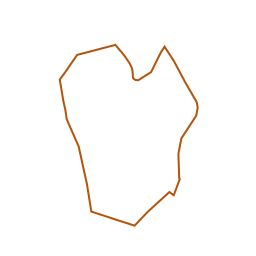 outline of Grande Riviere/En Leur Morne/Discompere, Dennery, Saint Lucia, rotated 61°
{"feature_id": "8701671B4251285469436", "entity_name": "Grande Riviere/En Leur Morne/Discompere", "entity_type": "district", "adm_level": 2, "iso_a3": "LCA", "parent_name": "Saint Lucia", "parent_adm1": "Dennery", "projection": "orthographic", "projection_center": [-60.935, 13.932], "detail": "fine", "context": "isolated", "style": "outline", "palette": "amber", "viewbox_px": 256, "rotation_deg": 61, "n_neighbors": 0, "source": "geoboundaries", "source_scale": "gbopen_adm2", "svg_char_len": 1077}
<svg xmlns="http://www.w3.org/2000/svg" viewBox="0 0 256 256"><g transform="rotate(61 128 128)"><path d="M183.3,200.6L200.7,184.5L203.6,181.8L216.6,169.6L211.0,152.0L204.1,122.9L209.0,120.6L197.8,107.5L196.8,107.6L175.1,96.5L163.0,86.4L150.3,62.4L143.9,57.1L138.6,55.4L132.8,55.5L116.1,55.8L97.9,55.5L92.0,55.4L84.3,55.9L74.6,56.6L78.0,62.9L90.3,80.7L91.2,96.0L90.0,97.5L89.6,98.2L88.9,98.6L88.1,99.0L87.4,99.2L86.5,99.2L85.7,99.0L84.9,98.6L84.4,98.4L83.7,97.9L83.0,97.6L82.2,97.3L81.3,96.9L80.6,96.6L79.8,96.3L79.2,95.9L78.3,95.8L77.5,95.6L76.4,95.5L75.7,95.5L75.1,95.4L73.9,95.3L73.3,95.3L72.6,95.3L71.5,95.3L70.8,95.4L70.2,95.4L69.1,95.5L68.0,95.6L67.1,95.7L66.3,95.8L65.7,95.8L64.7,95.9L64.0,95.9L63.1,96.1L62.2,96.3L61.2,96.4L60.2,96.6L59.3,96.7L58.7,96.8L57.8,97.0L57.0,97.3L56.4,97.4L55.7,97.5L54.8,97.7L54.0,97.8L53.2,97.9L52.2,98.1L51.2,98.3L50.3,98.5L49.2,98.7L39.4,137.1L44.4,147.1L48.1,154.5L52.6,164.2L57.9,166.1L74.4,171.9L81.5,173.9L90.5,177.3L99.4,178.2L120.2,180.1L157.8,191.3L158.8,191.7L183.3,200.6Z" fill="none" stroke="#b45309" stroke-width="2"/></g></svg>